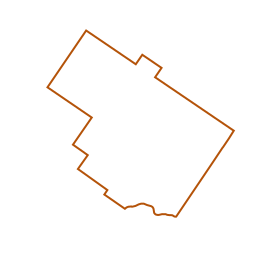 Columbiana, Ohio, United States of America, rotated 34°
{"feature_id": "52423323B72409574475457", "entity_name": "Columbiana", "entity_type": "district", "adm_level": 2, "iso_a3": "USA", "parent_name": "United States of America", "parent_adm1": "Ohio", "projection": "natural_earth1", "projection_center": [-80.666, 40.756], "detail": "fine", "context": "isolated", "style": "outline", "palette": "amber", "viewbox_px": 256, "rotation_deg": 34, "n_neighbors": 0, "source": "geoboundaries", "source_scale": "gbopen_adm2", "svg_char_len": 758}
<svg xmlns="http://www.w3.org/2000/svg" viewBox="0 0 256 256"><g transform="rotate(34 128 128)"><path d="M109.4,190.0L145.6,191.0L145.6,196.4L170.6,196.7L171.2,194.7L172.3,193.1L174.6,191.2L175.0,191.2L175.7,190.7L177.8,188.4L179.6,185.3L181.2,183.4L183.4,181.9L186.9,181.2L190.8,179.9L192.4,179.8L193.9,180.4L194.5,180.9L197.1,183.7L198.3,184.1L199.3,184.2L200.8,183.7L202.1,182.9L204.4,180.4L207.4,178.4L209.0,178.1L211.0,177.1L213.2,175.7L214.0,175.5L215.4,175.5L216.6,175.2L217.5,174.5L217.5,113.8L217.5,110.2L217.4,91.3L217.5,90.9L217.5,90.4L217.5,80.1L217.2,71.3L217.2,71.1L122.1,70.8L122.2,59.4L98.9,59.3L98.8,70.8L38.8,70.6L38.8,71.7L38.5,139.3L92.1,139.6L91.7,172.6L109.8,173.0L109.4,190.0Z" fill="none" stroke="#b45309" stroke-width="2"/></g></svg>